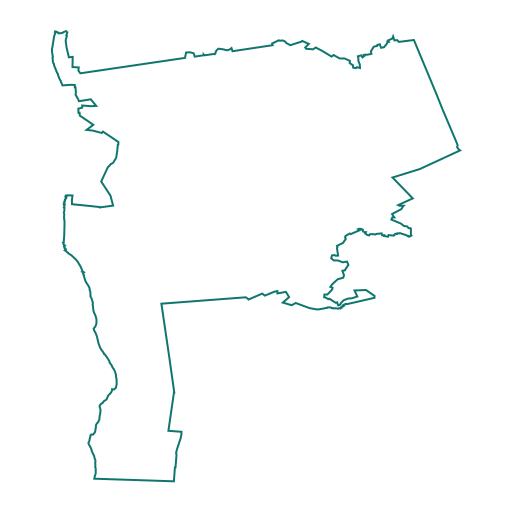 Salacgrīvas pag., Salacgrivas, Latvia (Robinson projection)
{"feature_id": "27541924B75150818202783", "entity_name": "Salacgrīvas pag.", "entity_type": "district", "adm_level": 2, "iso_a3": "LVA", "parent_name": "Latvia", "parent_adm1": "Salacgrivas", "projection": "robinson", "projection_center": [24.43, 57.695], "detail": "fine", "context": "isolated", "style": "outline", "palette": "teal", "viewbox_px": 512, "rotation_deg": 0, "n_neighbors": 0, "source": "geoboundaries", "source_scale": "gbopen_adm2", "svg_char_len": 5763}
<svg xmlns="http://www.w3.org/2000/svg" viewBox="0 0 512 512"><path d="M460.1,150.4L459.0,149.7L457.1,147.2L457.6,145.1L456.0,141.1L442.3,108.8L436.4,94.0L413.9,40.0L398.9,41.9L397.1,40.1L394.4,40.4L393.1,36.5L392.3,38.6L387.9,40.5L388.8,41.9L387.4,42.2L387.5,42.4L386.2,44.7L384.8,46.1L384.1,47.2L381.1,47.8L379.8,44.3L377.3,45.0L377.2,45.9L374.0,46.6L373.1,47.7L370.9,51.4L371.4,53.9L366.8,54.8L365.1,54.6L363.8,55.0L364.5,55.8L362.5,57.4L361.2,55.4L357.9,56.3L358.4,58.5L358.3,60.7L359.8,64.6L360.0,68.0L356.8,67.2L355.8,68.2L353.1,67.5L353.0,65.3L349.7,63.1L349.9,60.9L344.7,58.5L339.5,58.4L333.6,55.0L331.6,56.6L322.2,50.9L315.7,47.5L313.1,49.3L306.1,48.8L305.2,47.5L308.8,43.9L302.1,40.9L301.5,41.6L290.3,45.2L286.3,43.0L285.2,41.7L284.0,40.9L282.3,40.4L281.3,40.7L279.5,40.7L278.8,40.3L272.1,43.5L272.6,45.2L232.5,51.2L231.5,48.1L230.0,49.3L227.3,50.3L222.5,49.2L218.4,48.7L216.5,50.4L215.5,52.4L215.6,53.0L214.8,54.2L213.7,54.0L204.6,55.3L204.0,54.7L204.1,55.2L194.7,56.6L193.7,53.3L190.1,52.3L186.1,52.5L185.0,57.9L80.3,73.3L78.4,70.6L78.7,67.4L72.5,67.1L72.7,56.9L68.9,57.3L66.6,47.7L65.7,41.1L65.9,39.1L66.9,35.9L66.3,35.5L67.3,32.4L66.1,31.1L63.7,32.0L62.5,32.9L59.1,33.4L58.6,33.3L58.7,33.0L58.1,32.4L56.4,32.0L56.4,31.8L55.3,31.1L55.2,30.7L54.9,31.9L55.4,32.0L55.5,32.4L54.1,36.4L52.4,47.3L52.0,48.5L51.9,50.9L52.8,56.7L52.8,57.5L52.5,57.7L52.9,60.7L52.8,61.3L53.3,63.1L54.0,64.0L54.0,65.1L57.1,72.9L57.8,73.7L58.0,75.0L59.6,79.1L60.9,81.3L60.9,82.0L61.7,83.4L62.4,85.4L71.2,84.8L74.8,85.0L74.8,87.3L75.5,87.3L75.9,92.6L75.6,94.8L78.0,98.9L79.0,101.2L90.8,99.3L96.2,105.9L90.7,106.2L82.2,105.5L82.2,107.6L78.3,108.7L78.5,112.9L79.6,112.8L79.8,115.6L93.3,124.8L86.6,129.9L92.8,130.6L101.7,133.0L102.9,131.6L118.4,142.0L118.3,144.6L117.8,144.8L117.3,150.3L116.2,157.8L113.0,163.0L110.6,164.2L110.1,165.1L107.8,167.3L101.2,181.5L110.5,195.7L113.1,205.6L100.0,207.4L100.0,207.1L91.9,206.2L72.0,204.2L71.9,200.6L72.5,195.5L67.7,195.3L65.8,195.5L65.7,196.0L66.3,196.2L66.5,196.6L65.5,197.0L66.1,197.9L66.2,198.3L65.0,199.4L65.1,199.8L64.7,200.3L65.0,201.0L64.4,201.6L64.5,202.3L64.0,202.8L64.5,203.1L64.4,203.7L64.1,204.1L64.4,204.3L64.1,204.6L64.4,204.8L64.2,205.0L64.4,205.3L64.2,205.6L64.4,205.8L64.2,206.5L64.4,207.0L63.9,207.6L64.4,208.0L64.4,210.2L64.2,211.6L63.8,212.6L64.3,214.6L64.2,215.6L64.0,216.1L64.2,217.4L64.0,218.5L64.5,220.4L64.5,225.1L64.2,235.8L63.7,242.1L63.4,242.3L63.8,242.5L63.7,243.2L63.3,243.8L63.7,244.6L64.4,245.1L64.3,245.4L64.9,245.7L64.0,246.5L64.3,246.9L64.3,247.5L64.7,247.7L64.7,248.3L65.4,248.6L65.2,249.2L65.9,249.8L65.6,250.3L65.1,250.5L66.5,251.4L66.7,251.9L68.2,252.9L68.3,253.3L71.5,255.4L75.7,259.3L77.6,261.6L80.6,266.6L82.7,271.4L82.3,271.7L83.8,272.3L83.2,272.7L82.9,273.5L83.6,274.4L83.6,275.0L83.9,275.2L83.8,275.5L85.0,279.9L85.9,282.0L88.3,285.7L89.6,288.2L89.6,289.8L90.4,292.0L90.5,296.5L91.4,298.1L92.7,302.1L92.9,303.7L92.6,304.6L92.9,305.6L93.3,309.9L93.9,312.3L95.4,315.5L96.1,317.8L96.5,320.0L96.4,323.6L95.4,326.5L93.7,328.5L94.0,330.1L95.6,333.1L96.9,336.3L98.4,343.0L100.4,348.3L103.9,353.3L103.9,353.8L104.8,354.4L107.4,358.0L109.4,361.2L109.5,362.4L111.7,365.4L112.6,367.6L113.8,369.1L115.2,372.2L115.9,374.7L116.1,377.5L116.5,378.3L116.7,384.2L115.8,387.9L114.1,389.4L112.1,389.2L112.1,390.4L111.1,392.5L108.1,395.7L106.8,399.0L106.1,399.8L103.6,401.4L102.5,403.1L100.9,403.9L99.6,405.9L99.6,406.6L100.3,408.8L100.5,410.5L100.2,413.7L99.8,414.9L99.3,419.6L98.1,422.2L96.8,423.5L96.0,425.1L95.8,428.1L95.5,428.8L95.3,431.1L94.7,432.6L93.1,434.5L91.2,434.5L90.4,435.5L90.3,436.0L90.4,436.7L90.0,437.6L89.2,441.4L88.5,442.6L88.5,443.4L88.9,444.4L90.9,448.1L91.7,450.4L91.8,451.2L94.2,456.1L94.6,458.4L95.4,460.3L95.4,462.0L95.2,462.8L95.4,465.2L95.2,467.3L95.7,468.2L95.7,472.8L95.5,474.3L94.9,475.7L94.3,478.7L173.9,481.3L174.9,467.4L175.5,467.4L176.5,455.1L176.1,452.9L176.9,449.5L180.6,438.3L181.4,434.6L181.5,431.8L168.4,430.8L173.9,392.9L174.3,392.8L169.1,356.0L161.4,303.7L245.7,297.3L248.5,299.2L248.6,299.5L262.2,293.6L264.9,295.6L274.6,291.6L277.4,291.1L277.4,293.4L285.9,291.9L289.1,297.1L282.8,302.6L291.7,305.2L295.7,303.0L309.5,308.1L316.6,309.4L319.1,309.3L327.4,307.8L327.6,307.4L330.7,307.4L332.1,308.3L333.2,308.0L334.0,308.5L335.5,308.2L338.3,308.7L339.3,308.1L340.5,308.5L340.8,307.8L341.3,307.7L341.0,307.3L341.1,307.1L342.7,306.5L342.3,306.3L342.9,305.3L343.9,305.1L344.0,304.6L344.3,304.4L345.3,304.5L345.7,303.9L347.1,304.1L374.5,297.8L374.5,295.9L366.0,290.0L354.5,290.5L357.3,296.5L351.8,298.3L347.9,298.6L343.4,300.4L341.1,302.9L340.2,304.6L338.3,305.4L337.0,302.3L335.8,302.8L329.3,298.7L328.4,299.2L325.3,297.4L324.2,297.3L324.4,294.5L327.4,294.5L332.1,289.6L332.6,287.8L330.4,286.9L332.1,284.4L337.6,279.3L343.2,277.7L344.0,275.3L342.4,270.8L345.0,270.3L345.0,269.9L348.4,264.9L347.0,261.6L342.7,262.3L338.0,260.5L333.8,260.4L331.2,258.3L332.0,255.4L334.6,255.1L335.6,255.7L338.1,255.6L337.0,248.2L337.4,247.5L336.9,245.9L343.0,242.9L345.8,238.9L345.0,237.2L345.6,236.3L345.6,235.9L349.8,233.5L350.7,234.1L359.7,230.2L358.2,229.1L358.7,228.9L361.0,228.9L362.8,229.6L363.0,231.4L364.5,232.1L365.9,232.2L365.2,233.5L367.4,235.0L369.1,235.4L369.9,234.2L373.6,234.2L375.5,234.5L376.5,233.9L381.6,233.4L382.1,235.2L384.2,235.2L384.0,236.0L388.0,236.7L388.5,235.1L393.5,235.6L393.8,235.1L394.3,235.2L395.2,233.8L397.1,234.0L397.3,233.3L399.4,233.4L399.9,233.1L406.3,235.2L407.8,236.1L408.1,235.8L408.9,236.1L408.9,236.6L409.6,236.6L411.3,235.6L410.9,235.2L410.9,228.6L410.4,228.1L408.6,228.1L407.3,226.6L406.6,226.3L404.0,226.0L400.8,223.5L391.4,219.6L392.3,217.5L394.3,217.4L393.2,216.0L392.1,214.0L401.2,209.2L401.7,208.7L402.9,206.5L403.6,205.8L399.4,205.7L398.2,205.1L412.8,198.4L392.5,177.5L419.9,169.0L460.1,150.4Z" fill="none" stroke="#0f766e" stroke-width="2"/></svg>